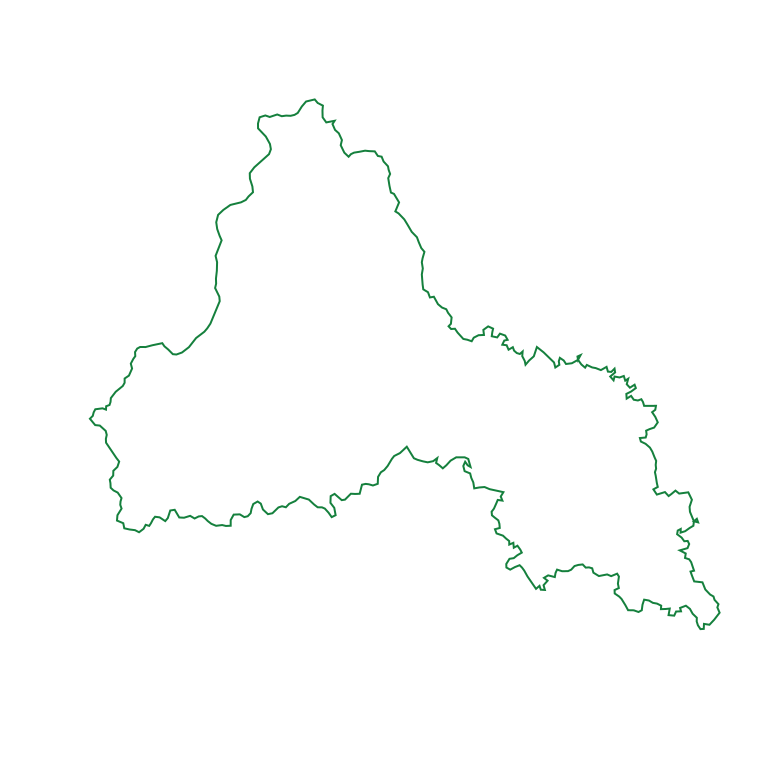 the district of Alvorada do Norte, Goiás, Brazil, rotated 171°
{"feature_id": "56859067B77033766628093", "entity_name": "Alvorada do Norte", "entity_type": "district", "adm_level": 2, "iso_a3": "BRA", "parent_name": "Brazil", "parent_adm1": "Goiás", "projection": "albers", "projection_center": [-46.67, -14.571], "detail": "fine", "context": "isolated", "style": "outline", "palette": "green", "viewbox_px": 768, "rotation_deg": 171, "n_neighbors": 0, "source": "geoboundaries", "source_scale": "gbopen_adm2", "svg_char_len": 6148}
<svg xmlns="http://www.w3.org/2000/svg" viewBox="0 0 768 768"><g transform="rotate(171 384 384)"><path d="M530.3,536.9L529.8,530.4L531.4,521.9L533.5,514.3L534.1,509.4L535.8,505.2L533.0,496.1L533.3,491.5L546.0,470.8L549.9,466.6L553.3,463.7L562.4,458.8L570.9,450.9L578.6,446.7L584.4,445.6L587.9,446.5L591.7,451.8L595.0,455.6L596.6,459.0L606.8,458.5L613.7,457.8L619.1,458.7L622.2,457.6L624.9,454.5L625.3,450.4L627.6,448.1L630.9,443.7L630.4,438.7L634.6,432.2L639.3,430.0L640.0,425.8L642.3,422.9L650.2,418.3L656.0,412.8L656.9,409.1L658.4,406.2L661.9,405.5L662.6,402.2L665.8,404.0L673.1,404.2L675.2,401.4L676.6,398.1L679.9,395.7L675.7,388.6L671.2,387.4L666.2,381.2L665.8,377.1L667.3,373.3L667.7,369.5L659.9,352.8L657.7,348.8L660.3,343.8L664.9,340.6L665.8,335.9L669.8,332.4L669.7,328.9L670.2,324.3L667.8,321.2L664.0,318.4L661.1,312.4L662.6,309.2L663.4,305.9L662.7,302.0L667.8,296.1L669.1,290.9L663.3,287.3L663.1,282.1L658.0,280.1L652.8,278.6L649.1,275.9L644.1,278.6L641.4,282.2L638.1,280.6L635.9,283.0L633.4,286.4L630.9,288.7L626.5,287.4L621.5,282.8L618.5,285.4L614.9,292.5L610.4,292.5L607.1,284.2L602.4,283.2L596.1,284.1L592.1,280.8L587.7,282.2L584.4,282.0L581.6,279.1L579.5,276.2L576.4,272.9L572.0,270.2L565.9,270.0L562.3,268.5L557.6,268.0L556.7,273.6L552.9,278.5L546.8,277.8L542.8,274.4L539.3,274.7L535.9,277.3L534.4,281.4L531.9,285.9L527.2,287.7L524.4,285.1L523.2,279.0L519.0,273.6L514.4,273.8L507.6,278.6L503.8,279.2L500.2,277.6L496.4,280.5L489.9,282.3L484.8,285.7L476.3,281.6L471.9,275.9L468.8,272.6L464.6,271.9L461.9,270.2L458.9,265.6L456.5,260.7L452.3,262.0L452.5,269.5L455.5,275.0L454.2,281.6L450.0,283.2L443.9,275.9L440.6,275.9L433.9,280.8L429.6,279.9L425.2,279.4L421.5,288.0L417.7,288.2L414.6,287.3L410.8,285.5L405.8,286.4L404.4,293.2L400.9,297.3L397.2,299.0L393.2,302.5L387.9,308.8L385.2,311.3L379.0,313.3L371.3,318.5L366.1,306.0L362.8,303.9L357.6,301.5L353.1,299.8L347.5,300.1L343.0,302.5L344.9,297.9L342.1,295.1L339.1,291.5L335.1,294.0L330.2,297.9L324.1,300.3L315.7,298.9L312.5,296.8L311.5,288.5L314.1,290.6L316.0,294.5L318.5,290.6L318.0,285.3L312.9,282.2L312.5,277.7L311.2,272.8L311.2,266.8L306.0,266.9L300.8,266.5L296.1,263.6L283.0,258.5L286.3,254.6L285.3,250.3L289.8,251.7L291.9,248.3L294.9,243.7L297.7,241.0L297.9,237.4L295.7,234.9L292.4,231.4L291.9,227.8L292.2,223.7L297.1,223.2L296.2,218.8L290.2,215.6L287.5,212.1L284.9,209.3L285.4,205.8L281.1,206.9L281.4,202.0L277.5,203.4L275.3,199.1L274.3,195.9L279.1,194.0L283.1,191.7L287.4,191.7L291.4,187.1L291.8,183.6L288.4,180.9L283.3,182.7L278.4,183.8L276.4,181.1L274.7,177.8L272.4,171.5L265.9,157.9L262.0,160.3L261.3,156.3L257.3,155.4L257.9,160.3L253.2,164.1L256.3,167.5L251.8,169.3L245.5,166.6L244.1,170.6L242.1,173.6L237.3,171.2L231.5,170.4L228.2,171.3L224.3,174.4L220.3,174.9L216.0,174.7L213.5,171.1L210.2,170.8L207.2,169.4L206.7,164.9L201.8,160.7L193.4,161.0L189.7,158.7L183.4,160.2L182.1,157.1L184.2,150.2L184.0,145.7L188.5,144.4L188.9,141.0L184.9,137.2L183.0,134.5L180.2,127.8L178.3,122.4L172.7,121.4L168.3,119.0L164.8,120.2L163.2,125.6L160.8,130.3L156.2,128.7L152.7,125.8L148.7,124.4L144.9,121.7L145.7,118.3L140.8,117.7L136.9,117.5L139.1,111.2L133.6,109.8L131.1,113.6L126.2,113.0L126.6,116.5L120.5,117.8L117.0,114.0L115.1,108.8L111.6,104.2L112.3,100.6L111.7,96.6L109.8,92.4L106.5,92.1L105.5,97.0L100.2,95.3L94.8,99.5L88.3,105.6L89.7,111.2L88.1,114.2L91.3,119.1L91.8,122.6L94.8,125.0L98.8,130.8L100.5,138.3L108.5,140.5L109.8,146.6L110.6,150.8L107.0,151.1L108.5,160.0L110.0,163.1L113.9,165.1L112.5,169.4L117.9,173.4L109.9,174.4L107.6,178.2L108.6,181.5L112.0,181.7L114.1,185.8L118.0,189.8L116.8,193.3L113.6,194.4L114.3,190.8L109.6,191.5L104.6,194.0L100.6,195.6L99.4,199.9L101.8,209.9L101.4,214.9L98.0,221.5L100.4,229.4L109.6,229.6L112.8,233.1L117.5,230.3L120.4,228.8L123.4,233.3L131.8,232.1L134.4,237.8L129.7,239.5L130.0,243.3L130.0,251.1L130.2,254.5L128.5,257.8L128.3,261.6L127.2,265.5L128.2,269.1L129.6,275.3L131.3,279.6L135.0,284.0L139.3,287.0L139.7,290.6L133.9,290.2L132.5,293.2L132.4,296.9L128.7,297.9L124.0,298.7L119.6,303.3L121.2,309.1L123.6,314.2L120.1,316.1L118.8,319.9L130.5,321.7L131.0,325.6L132.2,328.7L135.8,328.0L139.8,329.4L141.8,333.6L146.6,331.6L146.2,336.3L141.1,337.9L135.9,340.6L136.6,344.1L141.7,341.9L144.3,345.8L142.0,351.0L145.2,349.6L145.9,354.4L150.3,353.6L155.1,355.3L156.7,351.7L159.4,356.0L153.9,359.3L153.9,363.1L157.6,360.4L160.9,361.2L161.5,366.1L167.6,363.8L172.4,366.6L175.8,367.8L180.7,371.1L182.8,368.7L186.0,372.4L188.6,377.5L195.2,375.1L201.1,375.3L202.8,379.1L206.2,382.3L207.8,379.1L207.8,375.5L212.2,373.5L212.7,378.7L221.4,390.3L227.2,396.6L231.7,387.9L237.0,384.5L241.2,380.9L241.4,384.8L243.1,389.9L242.0,394.4L245.1,392.4L248.0,393.8L250.3,396.6L251.0,400.2L255.6,398.4L256.8,403.1L261.0,404.3L258.4,408.1L255.0,408.3L256.7,412.9L261.6,415.6L264.9,412.3L270.1,414.3L268.9,418.3L267.6,421.6L272.1,424.6L277.4,421.9L277.6,416.8L283.0,417.4L288.1,415.7L290.7,412.5L294.8,414.7L298.6,416.1L303.3,423.3L305.3,427.5L309.1,427.8L311.2,430.9L308.5,433.0L306.8,439.2L309.6,444.3L310.8,448.1L314.7,450.4L318.2,454.4L321.1,462.4L325.1,462.3L326.2,467.8L330.4,471.3L330.3,476.1L329.5,486.3L327.6,492.0L327.6,498.3L326.2,502.2L323.4,508.2L325.9,512.4L327.5,518.7L328.5,523.8L332.8,529.9L336.0,538.1L338.2,543.4L342.9,550.2L345.8,552.7L340.7,561.0L344.4,570.2L347.2,572.0L347.6,579.0L347.6,586.7L345.1,590.5L345.9,594.8L346.0,598.4L349.6,603.8L350.8,608.9L354.4,610.2L356.7,615.2L362.1,616.3L366.2,617.4L372.2,617.2L377.4,617.2L380.7,616.2L383.4,614.0L387.0,618.7L389.4,626.6L387.4,631.5L389.4,638.7L392.6,642.6L394.2,648.8L391.6,651.7L400.1,651.4L402.9,657.0L402.0,663.7L400.8,668.5L405.5,671.9L407.9,675.9L416.8,675.2L421.8,670.9L426.8,665.2L430.3,663.8L434.3,663.5L438.7,664.4L443.1,664.5L447.3,666.9L455.1,665.6L459.2,667.8L465.1,666.9L467.7,661.0L468.4,656.2L462.0,646.9L459.1,638.9L459.0,633.6L461.6,629.0L478.2,618.3L483.6,613.2L484.3,607.7L483.1,599.7L483.4,593.9L488.5,590.4L491.7,587.4L496.8,585.8L507.7,584.9L515.4,581.1L521.4,577.0L524.4,570.0L524.5,563.2L523.2,556.2L521.9,551.3L530.3,536.9ZM99.4,199.9L95.4,198.2L96.1,201.9L99.4,199.9ZM188.6,377.5L185.3,381.8L188.6,380.9L188.6,377.5Z" fill="none" stroke="#15803d" stroke-width="2"/></g></svg>